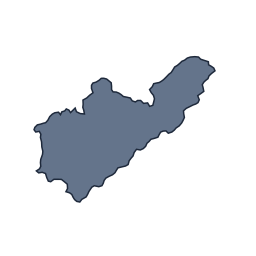 Diogo de Vasconcelos, Minas Gerais, Brazil (Mercator projection), rotated 342°
{"feature_id": "56859067B48461497956719", "entity_name": "Diogo de Vasconcelos", "entity_type": "district", "adm_level": 2, "iso_a3": "BRA", "parent_name": "Brazil", "parent_adm1": "Minas Gerais", "projection": "mercator", "projection_center": [-43.177, -20.486], "detail": "fine", "context": "isolated", "style": "filled", "palette": "slate", "viewbox_px": 256, "rotation_deg": 342, "n_neighbors": 0, "source": "geoboundaries", "source_scale": "gbopen_adm2", "svg_char_len": 2233}
<svg xmlns="http://www.w3.org/2000/svg" viewBox="0 0 256 256"><g transform="rotate(342 128 128)"><path d="M166.1,93.8L163.9,96.2L160.4,98.1L161.0,101.4L162.3,104.8L162.2,108.4L160.4,111.3L158.6,114.1L155.3,114.1L154.4,110.2L150.4,109.4L148.5,105.7L145.6,104.8L143.1,105.5L140.4,103.5L139.5,100.2L136.5,98.4L133.3,96.6L131.7,94.0L130.1,92.0L127.8,90.1L125.0,89.1L124.2,86.5L125.3,83.1L126.0,79.8L124.3,77.1L122.8,74.8L120.3,73.2L117.9,72.5L115.5,73.6L111.9,74.5L108.5,74.4L106.5,76.1L105.5,79.1L105.6,83.7L101.6,85.0L98.0,86.7L93.8,87.5L92.7,91.5L91.4,94.4L91.4,97.5L90.9,101.2L87.0,99.5L84.0,96.6L83.9,92.7L81.1,94.1L78.1,95.6L77.3,92.7L75.2,90.8L73.1,92.2L70.0,92.2L67.9,94.5L66.8,91.5L63.1,90.9L60.3,91.4L57.1,93.0L54.1,95.9L51.3,97.5L48.8,97.3L46.0,97.3L42.7,97.0L39.6,98.6L38.1,100.6L39.0,103.3L42.6,103.8L43.2,107.0L41.8,109.9L41.5,114.5L40.2,119.4L39.8,123.8L38.6,126.6L37.1,128.6L35.3,130.9L34.0,133.9L33.2,137.5L31.2,139.5L27.6,140.5L29.2,143.1L32.7,143.6L35.5,145.8L35.4,150.1L35.8,153.9L37.9,155.2L41.7,153.9L46.0,155.3L48.8,156.3L50.6,159.0L52.9,162.7L51.8,166.9L49.3,169.4L52.4,171.6L54.0,173.8L54.4,176.9L55.1,179.6L56.6,182.0L59.3,183.5L62.0,181.6L66.9,180.6L69.4,178.3L71.1,176.4L73.1,174.8L75.3,173.1L78.1,172.5L82.1,174.8L85.4,174.8L87.4,172.9L89.1,170.5L91.5,168.8L95.1,168.1L98.8,167.7L101.8,166.5L103.7,164.8L106.1,162.8L110.3,163.1L113.9,163.4L116.8,162.8L119.0,159.5L121.7,157.6L124.1,156.2L126.3,153.2L129.5,150.9L132.9,152.7L136.2,152.3L139.1,150.9L141.3,148.4L143.9,147.3L146.3,145.8L150.0,146.0L153.6,146.0L155.6,143.9L157.8,142.0L160.4,141.8L163.2,142.5L164.7,145.4L168.5,145.4L171.4,144.3L173.8,142.8L177.4,141.8L180.6,139.8L182.6,137.9L184.9,135.4L185.4,131.6L186.1,128.8L189.5,127.3L193.1,126.8L197.0,126.2L199.9,126.1L202.4,125.5L204.5,123.2L204.3,118.8L207.7,117.8L211.4,116.6L211.9,112.5L212.0,109.8L214.2,107.9L216.7,106.7L219.3,105.8L221.1,103.5L224.2,102.0L228.4,100.5L228.1,97.5L226.3,95.1L224.2,92.8L224.9,89.8L221.6,87.4L218.3,85.0L217.0,82.3L213.6,80.8L209.3,79.8L206.0,79.8L202.7,81.0L199.9,81.2L197.2,82.5L194.3,83.7L191.2,84.4L188.8,86.5L186.2,88.6L183.5,89.5L180.0,91.4L176.8,93.0L174.4,93.8L171.8,94.4L168.6,94.0L166.1,93.8Z" fill="#64748b" stroke="#1e293b" stroke-width="1.5"/></g></svg>